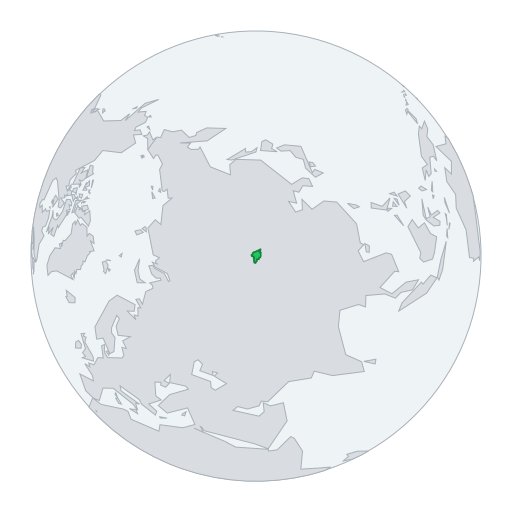 globe centered on Arhangay, rotated 283°
{"feature_id": "MNG-3316", "entity_name": "Arhangay", "entity_type": "Province", "adm_level": 1, "iso_a3": "MNG", "parent_name": "Mongolia", "parent_adm1": "", "projection": "orthographic", "projection_center": [100.83, 48.018], "detail": "fine", "context": "on_globe", "style": "filled", "palette": "green", "viewbox_px": 512, "rotation_deg": 283, "n_neighbors": 0, "source": "natural_earth", "source_scale": "10m", "svg_char_len": 13744}
<svg xmlns="http://www.w3.org/2000/svg" viewBox="0 0 512 512"><g transform="rotate(283 256 256)"><circle cx="256" cy="256" r="225" fill="#eef3f6" stroke="#a8b0b8"/><path d="M377.5,66.3L378.7,67.1L377.9,68.6L363.2,65.5L361.4,62.8L358.1,62.8L360.0,66.4L362.2,68.8L353.3,77.2L357.6,93.8L366.2,100.9L358.6,98.2L379.8,113.6L386.7,126.0L374.4,111.0L369.7,108.8L372.2,116.4L367.9,115.8L366.7,119.3L361.3,118.2L354.5,110.0L350.9,109.3L352.9,114.7L348.8,117.4L346.4,109.4L339.0,113.3L326.3,101.5L324.3,82.9L312.8,77.2L298.9,61.0L295.8,62.3L288.5,57.7L282.1,57.7L281.4,55.2L276.9,57.5L278.8,59.9L277.5,61.8L273.9,62.2L272.3,58.8L273.9,58.1L271.6,57.4L272.3,55.6L269.9,56.7L268.4,52.8L264.6,57.3L258.9,54.8L259.4,52.1L266.3,51.6L284.5,45.7L287.1,43.7L283.8,40.9L263.0,36.8L262.9,35.2L257.8,33.6L254.6,34.6L257.5,36.2L250.3,38.0L254.7,40.4L252.4,41.6L254.1,44.8L246.3,45.3L237.9,44.2L236.1,41.8L232.3,41.5L227.9,44.9L218.7,42.0L202.5,43.3L200.9,42.8L208.8,39.0L224.1,35.7L234.4,32.7L220.1,35.8L216.5,35.1L212.7,35.7L208.5,36.7L206.9,37.6L204.0,37.8L217.0,34.3L219.8,34.0L215.7,35.0L222.9,33.7L231.6,32.1L229.1,32.3L246.4,30.9L263.6,30.8L280.8,32.1L297.9,34.6L314.7,38.5L331.1,43.6L347.1,50.0L362.6,57.5L377.5,66.3ZM463.2,170.2L461.7,167.6L461.7,166.5L463.2,170.2ZM461.3,168.0L461.7,168.4L461.3,168.0ZM461.5,169.2L461.3,168.3L461.7,169.7L461.5,169.2ZM462.0,171.3L461.6,170.1L461.8,170.3L462.0,171.3ZM462.1,173.6L462.0,174.1L461.5,172.6L462.1,173.6ZM363.8,70.1L360.5,66.5L360.3,63.8L363.6,66.7L363.8,70.1ZM363.6,76.4L360.9,74.3L364.9,73.8L365.2,75.1L363.6,76.4ZM373.3,106.4L371.4,102.5L374.7,106.6L373.3,106.4ZM367.4,120.1L369.3,121.4L367.9,122.7L367.4,120.1ZM258.2,44.4L256.2,44.5L256.9,43.8L258.2,44.4ZM260.8,45.7L263.2,44.7L264.8,45.2L263.3,45.8L260.8,45.7ZM358.4,122.2L355.4,124.1L357.2,120.8L358.4,122.2ZM257.6,46.8L267.3,46.2L270.1,47.2L266.8,50.3L257.6,46.8ZM353.0,124.3L346.0,129.4L349.6,132.8L335.4,126.6L346.1,124.0L347.7,119.2L349.5,123.0L353.0,124.3ZM281.0,60.5L278.8,58.0L283.9,59.8L281.0,60.5ZM284.6,61.3L302.3,65.0L303.7,69.3L297.5,67.0L302.0,72.6L294.0,72.8L289.8,69.8L290.4,66.9L286.9,69.2L284.6,61.3ZM328.7,122.7L326.0,122.9L327.6,121.2L328.7,122.7ZM277.4,62.7L280.8,63.0L282.3,66.6L275.7,66.8L277.3,65.6L277.4,62.7ZM307.1,74.1L307.1,77.1L300.6,78.0L299.7,79.3L294.0,73.2L307.1,74.1ZM275.2,64.9L272.3,66.9L268.3,65.6L274.1,62.8L275.2,64.9ZM285.5,67.6L285.9,69.4L283.5,68.4L285.5,67.6ZM252.6,62.6L256.7,62.5L257.8,64.4L252.6,62.6ZM271.5,67.7L272.9,68.2L273.8,69.0L271.1,70.0L271.5,67.7ZM289.8,74.4L287.1,74.2L291.8,76.9L287.1,77.9L284.2,73.7L283.5,76.0L282.1,76.3L281.2,72.6L289.8,74.4ZM271.1,73.6L265.7,69.1L257.9,68.7L256.7,66.9L269.5,67.9L271.1,73.6ZM277.1,73.3L273.1,73.0L273.6,70.9L276.7,69.7L277.1,73.3ZM285.0,80.2L293.0,79.7L293.3,80.7L285.0,80.2ZM268.7,73.9L270.1,75.0L268.1,74.1L268.7,73.9ZM279.9,78.7L282.7,78.3L283.0,79.4L279.9,78.7ZM270.5,77.7L268.8,76.1L270.8,75.2L270.5,77.7ZM274.7,78.5L274.5,80.1L272.5,75.8L275.9,78.1L274.7,78.5ZM279.8,79.8L280.9,80.3L278.6,79.8L279.8,79.8ZM263.8,82.3L260.8,77.1L265.3,75.0L267.6,80.2L263.8,82.3ZM71.2,127.2L81.0,128.8L76.6,138.4L77.0,161.5L75.8,166.2L68.8,171.0L63.4,200.8L70.0,200.4L72.2,223.3L78.1,234.4L92.6,223.5L83.0,204.9L88.3,194.4L101.6,203.1L111.0,220.1L113.4,216.7L113.3,200.4L121.4,199.2L113.9,194.4L112.5,200.1L107.8,197.5L108.8,192.2L111.6,191.9L110.4,185.8L97.2,189.8L94.4,196.0L87.7,184.8L82.4,194.2L78.4,193.8L86.0,177.7L89.8,174.6L98.9,152.8L94.3,154.8L85.4,175.8L85.5,171.7L79.2,175.4L84.1,169.3L95.0,146.6L92.9,136.6L79.9,135.8L80.9,129.7L86.4,120.4L101.5,110.9L97.7,125.8L103.0,123.3L112.6,113.4L110.6,119.0L114.1,117.1L113.6,122.6L121.5,124.8L122.2,130.1L133.8,125.8L135.7,128.2L128.3,129.9L123.6,134.3L126.5,148.4L129.5,149.6L136.8,145.9L136.7,150.5L143.3,145.2L149.1,151.7L147.7,139.5L156.2,135.5L164.2,137.0L166.8,133.7L153.6,131.4L148.6,132.6L144.7,137.0L130.9,139.1L128.0,135.5L141.6,125.5L139.1,119.5L150.7,115.0L179.1,123.0L186.6,129.5L181.4,149.1L174.8,149.8L173.4,142.9L166.9,153.3L171.1,150.5L171.0,154.6L179.1,152.5L179.5,155.4L186.7,148.7L188.0,152.0L183.4,156.2L196.5,156.6L201.4,162.9L204.2,161.6L205.8,158.5L211.1,169.0L212.9,167.7L211.9,163.7L214.9,158.6L222.3,153.8L223.7,157.6L221.2,159.9L218.2,170.7L211.4,176.5L212.7,177.7L218.9,173.6L222.6,160.3L226.7,156.4L225.9,162.6L226.5,160.0L228.9,159.3L232.6,162.4L234.0,155.6L258.9,144.4L268.7,149.7L265.2,156.2L284.1,154.0L293.6,161.2L292.6,157.4L301.1,154.4L298.2,152.0L298.4,150.0L318.7,142.6L324.6,144.2L332.3,137.7L331.8,135.8L327.9,134.2L335.4,126.6L349.6,132.8L350.0,136.5L358.6,138.2L358.2,146.8L361.9,155.1L356.5,164.2L359.9,170.3L362.9,170.4L369.7,179.1L373.5,197.9L357.2,182.5L349.1,156.5L351.2,166.8L346.8,164.6L345.2,168.6L347.1,176.1L349.7,176.9L332.6,191.4L329.3,212.9L339.1,209.9L345.7,214.8L350.5,239.0L333.8,274.6L342.5,283.5L343.3,290.1L336.5,295.5L335.1,285.9L327.8,283.5L328.0,277.6L316.6,283.7L316.5,275.5L307.7,284.7L311.5,290.8L321.6,288.0L314.1,300.1L324.9,309.8L326.7,322.6L310.0,346.7L292.3,354.6L291.3,358.4L284.0,354.4L274.7,362.1L288.4,382.1L288.1,387.8L272.8,398.6L272.4,394.6L253.2,383.9L249.8,397.0L264.3,408.1L269.4,419.7L258.2,416.0L253.1,405.4L246.3,401.3L248.0,390.1L242.2,372.0L231.0,374.2L231.8,366.9L222.0,350.0L205.8,352.1L180.1,365.6L176.7,382.7L167.8,387.5L156.7,357.5L156.9,338.6L149.6,337.3L140.9,316.0L116.5,300.1L115.9,293.8L110.7,292.7L105.0,282.1L105.2,272.0L100.4,268.3L100.6,294.9L106.1,299.0L114.6,296.1L113.3,304.0L119.2,315.7L102.4,323.4L70.9,311.2L72.7,297.0L74.1,244.8L76.8,241.8L77.0,241.3L77.3,240.3L72.4,244.3L74.3,234.4L68.3,267.7L65.2,279.1L70.4,311.5L68.7,312.0L71.9,320.3L87.9,330.5L86.9,334.4L76.4,345.2L58.4,347.6L63.7,365.5L67.2,376.4L62.3,371.0L62.7,371.8L54.9,357.6L48.2,343.0L42.5,327.8L37.9,312.3L34.4,296.6L32.1,280.6L30.9,264.5L30.9,248.3L31.1,244.9L31.7,236.7L32.1,230.8L32.5,227.9L33.5,220.7L33.7,219.2L37.1,202.9L41.6,186.8L47.3,171.1L54.2,155.9L62.2,141.2L71.2,127.2ZM70.0,134.3L67.9,136.5L70.0,134.3ZM116.0,246.5L125.0,256.0L129.6,242.3L133.4,244.9L133.6,239.5L129.9,241.2L131.6,227.1L138.5,228.2L141.9,223.0L139.0,219.6L126.0,220.0L123.5,240.0L117.7,241.9L116.0,246.5ZM215.7,35.3L214.6,35.6L210.2,36.5L212.1,35.9L215.7,35.3ZM192.0,42.9L188.0,43.2L192.2,42.4L193.9,41.3L205.0,38.5L200.7,42.4L200.7,41.0L192.0,42.9ZM218.5,36.6L212.0,37.5L219.3,36.4L218.5,36.6ZM133.8,102.1L130.7,105.7L126.7,106.3L125.8,100.8L131.6,99.7L133.8,102.1ZM127.3,110.7L141.0,103.0L142.1,106.5L139.2,105.7L138.6,108.8L133.7,108.5L121.3,119.9L117.0,121.3L117.7,109.6L119.9,112.5L122.7,108.7L127.3,110.7ZM174.0,81.1L179.9,78.9L174.7,89.2L169.7,90.1L168.5,84.4L173.6,79.9L174.0,81.1ZM250.0,52.8L252.7,52.1L253.1,52.9L251.2,54.2L250.0,52.8ZM254.4,62.4L239.1,57.0L241.3,55.8L229.6,54.6L231.0,51.1L238.5,51.9L230.7,48.7L238.0,48.0L232.1,46.3L248.7,48.4L255.0,48.0L247.5,49.6L246.1,52.8L247.4,54.0L255.7,57.4L268.5,58.7L269.2,62.3L266.2,64.6L263.3,64.9L263.8,62.3L259.5,64.5L257.9,61.1L254.4,62.4ZM231.7,95.4L233.5,91.3L224.6,97.1L223.0,92.9L222.1,93.8L218.1,91.6L211.8,90.7L212.1,88.6L209.4,89.2L206.8,87.9L203.3,88.1L202.6,84.5L198.3,84.5L200.4,82.8L193.1,84.0L198.2,81.5L195.3,79.9L191.9,83.1L196.7,65.1L194.7,60.2L190.3,57.7L199.7,54.4L209.7,55.0L218.8,58.4L219.3,63.9L223.5,61.7L224.9,63.7L221.1,64.6L227.9,64.6L228.1,66.6L236.2,70.9L246.0,70.1L249.2,71.9L245.4,73.2L251.2,74.1L246.3,77.9L248.5,79.3L245.9,84.8L237.4,86.9L240.5,88.4L238.7,92.9L231.7,95.4ZM262.8,83.8L253.1,86.7L247.4,86.0L254.4,76.9L253.0,75.1L257.3,69.7L265.4,71.0L263.5,72.3L263.5,74.0L260.9,72.9L262.9,75.0L260.3,77.1L261.2,79.4L257.7,79.7L262.8,83.8ZM78.9,167.0L78.8,169.9L79.6,173.5L75.7,176.1L78.9,167.0ZM86.0,151.3L86.6,153.2L81.4,158.2L81.5,155.4L86.0,151.3ZM91.3,150.1L87.0,152.9L89.4,149.7L91.3,150.1ZM129.3,131.5L130.4,133.4L128.8,134.7L126.2,135.0L129.3,131.5ZM204.9,113.5L206.8,110.8L208.3,111.1L215.5,107.6L217.3,110.7L213.6,114.1L204.9,113.5ZM88.5,222.9L84.2,222.5L84.4,219.4L85.9,220.1L88.5,222.9ZM77.7,198.3L78.0,205.8L76.6,199.0L77.7,198.3ZM208.0,116.3L210.8,114.4L210.0,117.1L208.0,116.3ZM219.0,112.8L218.7,115.8L218.4,110.7L219.0,112.8ZM88.6,398.7L91.3,409.4L85.2,402.8L79.8,395.8L75.9,387.1L81.6,391.2L83.2,389.1L88.6,398.7ZM325.2,438.0L331.7,437.1L331.4,437.8L325.2,438.0ZM318.4,437.2L325.9,436.0L317.0,438.7L318.4,437.2ZM328.8,435.5L336.5,432.6L339.8,430.9L339.2,432.2L328.8,435.5ZM313.2,438.1L284.9,440.9L273.7,439.7L276.4,437.4L294.6,436.9L313.2,438.1ZM275.5,437.3L258.2,430.6L234.4,407.5L242.9,408.7L267.8,423.0L266.2,425.1L276.7,430.6L275.5,437.3ZM317.1,421.0L315.4,427.7L299.8,429.1L292.7,428.7L287.8,420.7L290.6,416.1L296.4,415.8L318.8,397.4L326.6,400.0L319.8,407.8L326.2,412.7L317.1,421.0ZM177.6,384.7L182.4,396.1L177.6,396.4L177.6,384.7ZM327.6,384.2L318.7,393.1L326.7,381.8L327.6,384.2ZM332.2,373.7L332.9,377.5L329.1,374.4L332.2,373.7ZM291.3,364.2L285.1,365.5L284.8,362.6L292.6,359.2L291.3,364.2ZM327.9,333.3L328.2,342.4L327.2,345.6L324.2,340.7L327.9,333.3ZM227.1,143.2L215.0,144.4L207.4,148.0L205.0,154.0L203.2,146.3L214.8,140.8L227.1,143.2ZM254.9,143.7L256.9,138.9L259.5,140.9L259.4,142.3L254.9,143.7ZM253.6,140.8L249.7,135.1L253.1,132.4L255.6,137.4L253.6,140.8ZM228.4,124.9L224.7,125.0L225.5,122.7L228.4,124.9ZM369.1,450.8L368.9,450.9L364.1,453.6L369.8,450.2L362.4,454.5L360.6,454.9L353.5,457.8L310.5,473.5L301.7,475.0L305.2,473.2L299.8,469.1L302.8,468.8L302.5,464.4L328.6,454.9L347.8,440.3L360.8,436.7L371.6,425.1L384.5,420.1L379.8,428.0L392.2,425.1L403.2,406.8L408.1,415.9L415.3,413.2L414.1,416.4L412.9,417.7L399.2,429.9L384.6,441.0L369.1,450.8ZM445.1,378.4L444.8,378.7L446.0,377.0L446.4,376.5L445.1,378.4ZM454.5,361.8L454.9,361.4L454.3,362.6L454.5,361.8ZM454.1,362.4L455.3,359.9L454.8,361.3L454.1,362.4ZM449.3,364.4L450.3,362.5L450.6,362.6L449.3,364.4ZM341.3,434.9L350.6,428.1L355.5,426.3L341.3,434.9ZM448.3,364.3L446.0,366.7L446.3,365.6L448.3,364.3ZM448.7,362.2L448.6,361.3L449.6,362.4L448.7,362.2ZM444.5,364.4L447.1,363.4L444.2,365.0L444.5,364.4ZM442.8,366.4L440.7,367.6L440.9,367.0L442.8,366.4ZM417.3,388.9L425.3,389.8L418.4,394.8L410.9,395.6L404.2,403.6L389.4,410.7L393.1,406.4L391.3,403.1L375.6,408.2L372.4,406.5L378.2,402.4L367.6,403.9L379.2,398.2L383.8,402.4L390.3,394.8L401.2,390.7L411.4,386.8L419.3,385.9L417.3,388.9ZM378.9,411.3L380.9,410.5L379.1,412.9L378.9,411.3ZM436.8,368.3L439.8,368.1L439.3,369.1L437.8,370.2L436.8,368.3ZM421.2,383.7L429.9,372.7L431.8,371.3L426.0,380.9L421.2,383.7ZM428.0,371.1L431.8,368.8L433.7,369.9L432.9,371.3L428.0,371.1ZM355.2,414.3L354.7,416.1L351.6,415.7L355.2,414.3ZM359.2,412.1L368.4,410.8L358.3,413.8L359.2,412.1ZM330.7,413.4L333.4,416.9L342.2,412.3L335.5,417.6L341.3,422.7L339.3,425.5L333.5,420.0L331.2,427.5L327.3,428.2L325.3,422.5L329.3,413.9L333.2,409.8L349.1,404.7L330.7,413.4ZM359.2,407.2L356.7,403.1L358.6,399.2L361.3,401.0L359.2,407.2ZM349.2,392.9L342.4,388.4L336.4,392.2L348.4,380.5L353.0,386.8L349.2,392.9ZM343.2,380.6L337.6,384.1L343.2,377.6L343.2,380.6ZM336.0,382.3L335.2,377.9L339.7,377.5L336.0,382.3ZM346.1,380.1L346.8,372.2L349.3,376.1L346.1,380.1ZM332.8,367.9L342.8,373.5L330.1,372.9L328.7,357.5L334.0,356.1L332.8,367.9ZM357.0,293.8L355.2,289.1L359.7,286.6L359.7,290.5L357.0,293.8ZM373.0,275.1L360.4,284.4L349.9,292.2L353.6,293.6L352.1,302.8L346.1,296.2L352.7,284.6L360.8,280.3L361.1,272.6L366.4,265.6L363.8,256.8L365.9,251.9L370.7,258.7L373.0,275.1ZM362.4,253.2L359.8,236.7L368.8,236.0L371.4,239.4L368.8,247.2L364.2,247.1L362.4,253.2ZM361.8,232.7L357.3,232.5L344.1,210.9L343.5,206.2L358.4,221.6L354.9,222.4L356.6,228.1L361.8,232.7ZM327.4,124.8L326.2,123.1L328.7,124.0L327.4,124.8ZM296.6,148.8L297.3,146.3L300.2,147.2L296.6,148.8ZM300.7,139.8L297.0,140.5L300.4,138.2L300.7,139.8ZM288.7,142.4L295.2,140.0L289.8,144.7L288.7,142.4Z" fill="#d9dde1" stroke="#a8b0b8" stroke-width="1"/><path d="M258.1,252.1L258.2,252.3L258.3,252.5L258.5,252.6L258.8,252.7L258.8,252.8L258.9,253.0L259.0,253.0L259.3,252.9L259.4,253.0L259.6,253.4L259.6,253.8L259.6,254.0L259.8,254.2L259.9,254.3L260.0,254.5L260.1,254.8L260.3,255.0L260.6,255.0L260.8,255.1L261.0,255.3L261.0,255.5L261.2,255.8L261.3,256.0L261.3,256.3L261.4,256.5L261.6,256.5L261.8,256.6L261.8,256.8L261.9,257.0L262.0,257.1L262.3,257.2L262.4,257.3L262.5,257.5L262.7,257.8L262.8,257.9L262.9,258.0L263.1,258.1L263.2,258.3L263.4,258.4L263.5,258.5L263.6,258.9L263.3,259.1L263.2,259.1L262.8,259.1L262.3,259.1L262.2,259.1L262.0,258.7L261.9,258.6L261.4,258.4L261.2,258.4L260.9,258.3L260.9,258.2L260.8,258.3L260.8,258.5L261.0,258.6L261.1,258.8L260.9,259.2L260.8,259.4L260.6,259.5L260.6,259.8L260.5,260.1L260.4,260.1L260.2,260.1L260.1,259.8L259.9,259.7L259.9,259.8L259.5,259.9L259.0,260.1L258.8,260.2L258.7,260.3L257.2,260.7L256.9,260.5L256.6,260.6L256.2,260.6L255.9,260.6L255.7,260.6L255.6,260.4L255.5,260.2L255.4,260.1L255.1,260.0L255.0,259.9L255.0,259.6L254.9,259.6L254.9,259.3L254.7,259.3L253.8,259.6L253.5,259.6L253.4,259.6L253.4,259.4L253.4,259.2L253.3,258.9L253.3,258.6L253.3,258.4L253.2,258.2L252.9,257.9L252.9,257.7L252.9,257.4L252.6,257.5L252.4,257.7L252.2,257.7L252.1,257.8L251.9,258.0L251.6,258.1L251.3,258.1L251.2,258.1L250.6,257.7L250.6,257.3L250.5,257.2L250.4,257.1L250.1,257.1L249.8,257.1L249.7,257.2L249.5,257.3L249.2,257.3L249.0,257.2L249.1,256.6L249.1,256.4L249.0,256.0L249.0,255.9L249.1,255.7L249.3,255.6L249.8,255.6L250.0,255.5L250.2,255.4L250.3,255.2L250.5,255.1L251.5,254.7L251.7,254.9L251.8,255.0L252.0,254.9L252.3,254.8L252.9,254.8L253.0,254.8L253.1,254.7L253.1,254.4L253.2,254.2L253.3,254.2L253.5,254.2L254.0,254.5L254.3,254.5L254.3,254.4L254.3,254.2L254.7,254.0L254.9,254.0L255.0,253.9L254.9,253.8L254.9,253.7L254.7,253.6L254.7,253.4L254.7,253.2L254.8,253.2L254.8,252.9L254.9,252.7L255.0,252.6L255.3,252.4L255.0,252.1L254.9,252.1L254.9,251.9L255.0,251.8L255.4,251.8L255.4,251.7L255.5,251.6L255.6,251.4L255.8,251.3L256.6,251.7L257.2,252.2L257.3,252.2L257.6,252.2L258.1,252.1Z" fill="#22c55e" stroke="#15803d" stroke-width="1.5"/></g></svg>